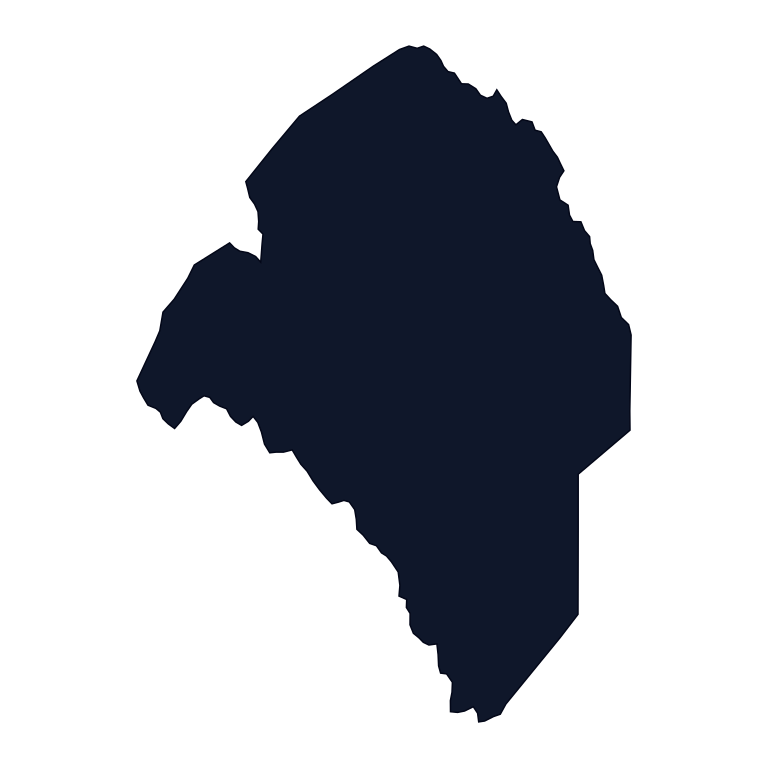 Itabaianinha, Sergipe, Brazil
{"feature_id": "56859067B9262557988032", "entity_name": "Itabaianinha", "entity_type": "district", "adm_level": 2, "iso_a3": "BRA", "parent_name": "Brazil", "parent_adm1": "Sergipe", "projection": "equal_earth", "projection_center": [-37.794, -11.271], "detail": "fine", "context": "isolated", "style": "filled", "palette": "ink", "viewbox_px": 768, "rotation_deg": 0, "n_neighbors": 0, "source": "geoboundaries", "source_scale": "gbopen_adm2", "svg_char_len": 2092}
<svg xmlns="http://www.w3.org/2000/svg" viewBox="0 0 768 768"><path d="M617.6,306.3L610.8,299.8L604.9,293.4L603.7,285.7L601.7,275.2L597.8,267.5L593.9,259.6L592.7,250.4L590.2,243.6L589.6,236.6L584.5,230.6L580.9,221.8L572.9,221.5L569.5,215.1L568.1,205.2L559.9,199.9L556.5,186.8L559.6,177.3L563.9,170.8L560.2,163.2L557.4,157.2L552.8,151.1L548.9,144.3L545.2,137.9L541.2,131.8L535.1,130.2L532.0,121.9L522.4,119.5L515.9,124.8L511.8,120.2L508.5,111.9L506.2,103.2L501.1,96.4L496.8,89.8L493.2,96.2L487.0,98.3L480.4,95.2L475.9,88.8L468.3,84.0L461.5,83.8L454.4,73.1L448.0,71.6L443.5,66.3L440.9,60.5L436.7,54.5L429.8,49.0L423.7,46.1L417.2,48.3L409.0,46.1L399.5,49.5L373.5,66.0L332.3,94.4L299.5,116.1L272.4,148.4L245.8,181.6L247.7,188.7L249.8,197.5L254.5,204.0L258.0,211.6L258.7,221.5L258.2,229.2L263.0,234.1L262.1,243.6L261.3,254.6L260.7,262.2L255.6,256.5L248.0,252.7L239.8,251.2L234.3,247.8L229.6,242.9L194.3,265.0L187.8,278.2L174.2,299.2L163.0,312.1L159.8,330.8L155.1,341.8L136.9,380.9L140.0,391.2L143.5,397.7L148.0,405.2L155.9,408.4L160.4,412.2L162.9,418.7L168.3,423.9L174.6,428.5L180.8,421.3L186.7,411.5L191.8,404.2L199.1,398.9L204.0,395.8L209.8,397.4L213.6,402.6L219.7,406.1L226.6,408.8L230.5,416.4L235.8,422.0L241.6,425.4L248.4,421.3L253.1,416.4L257.8,422.4L261.4,431.9L264.5,444.1L269.8,452.8L276.3,452.1L283.6,452.1L292.2,449.9L296.6,457.4L300.9,464.3L307.1,471.2L313.1,481.0L319.6,489.8L326.6,498.2L332.0,503.8L338.5,502.1L343.9,500.4L349.3,501.9L354.7,509.6L356.3,519.4L356.9,529.3L363.1,535.1L369.7,543.4L376.4,545.7L381.5,552.9L386.5,556.0L391.4,561.8L398.2,572.0L399.9,585.4L399.0,596.1L406.7,599.5L406.4,607.5L410.1,613.4L410.0,624.8L413.4,633.3L418.8,637.7L423.3,642.3L428.9,645.0L436.9,643.9L438.1,654.6L438.6,665.9L440.6,673.1L446.6,673.9L452.4,682.3L452.0,692.3L450.4,700.6L450.5,711.7L457.6,712.4L464.6,711.0L473.3,706.7L477.6,713.2L478.7,721.9L484.7,721.0L493.4,716.6L500.3,714.2L505.9,704.0L559.9,637.9L578.0,614.3L578.2,527.6L578.2,495.1L578.2,474.2L630.0,430.2L629.8,411.0L631.1,335.0L628.6,324.6L621.3,317.5L617.6,306.3Z" fill="#0f172a" stroke="#020617" stroke-width="1.5"/></svg>